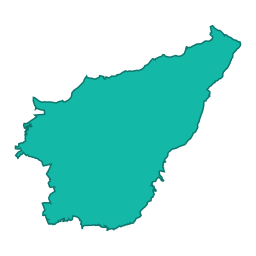 Stoilesti, Vâlcea, Romania (Mercator projection)
{"feature_id": "2599482B98117810707628", "entity_name": "Stoilesti", "entity_type": "district", "adm_level": 2, "iso_a3": "ROU", "parent_name": "Romania", "parent_adm1": "Vâlcea", "projection": "mercator", "projection_center": [24.361, 44.917], "detail": "fine", "context": "isolated", "style": "filled", "palette": "teal", "viewbox_px": 256, "rotation_deg": 0, "n_neighbors": 0, "source": "geoboundaries", "source_scale": "gbopen_adm2", "svg_char_len": 5748}
<svg xmlns="http://www.w3.org/2000/svg" viewBox="0 0 256 256"><path d="M164.4,161.0L164.7,159.3L166.6,157.5L167.8,155.6L167.9,153.3L168.5,152.2L170.7,150.5L171.7,149.3L176.2,148.2L179.3,146.5L185.0,144.5L188.2,140.2L190.4,138.8L192.8,134.7L193.0,133.4L195.4,132.0L197.7,127.8L197.7,126.3L197.4,124.6L199.3,121.1L199.5,119.4L202.7,110.6L203.7,105.8L203.8,102.4L204.1,101.4L204.5,100.9L205.7,101.0L206.7,99.1L209.7,96.2L209.6,95.6L208.8,95.0L209.9,93.9L209.7,93.2L209.9,91.9L206.9,89.4L208.5,88.1L209.2,86.8L211.3,85.5L212.6,83.9L215.0,82.4L215.1,82.1L214.9,81.4L217.5,80.6L219.1,78.9L220.6,78.6L222.5,76.9L222.9,75.5L222.6,74.9L223.3,72.1L224.3,71.2L225.3,69.6L226.6,68.9L228.0,67.0L230.0,63.0L230.5,61.0L231.3,60.0L231.3,59.2L232.7,57.1L232.9,54.3L233.3,53.2L235.4,51.2L237.2,48.8L238.5,48.1L240.4,45.5L240.6,44.6L240.1,42.1L237.8,41.5L236.4,40.3L235.7,40.4L233.1,39.4L230.9,37.6L228.1,36.5L226.7,35.1L224.8,34.8L224.5,35.7L223.0,33.4L220.7,31.1L219.6,30.4L218.1,30.5L215.6,28.8L214.2,27.8L213.7,26.9L212.5,25.7L210.4,26.7L211.6,32.5L210.4,33.1L210.2,34.7L212.8,36.9L212.3,38.8L211.8,39.0L211.7,39.9L211.2,39.8L208.9,41.3L205.8,41.0L204.3,41.5L204.1,42.2L203.1,42.4L201.3,43.8L196.9,44.0L190.4,47.3L187.6,47.8L187.1,47.5L187.0,46.8L186.6,46.7L186.1,47.6L186.3,48.3L186.0,48.5L186.3,49.2L185.8,49.3L184.5,53.4L181.1,56.0L179.9,56.0L178.5,56.5L175.7,55.5L170.3,57.2L167.2,56.8L165.0,56.0L164.4,54.9L163.0,54.6L161.6,56.4L158.8,57.2L155.6,58.8L155.1,60.0L153.4,58.7L152.5,58.9L150.1,61.6L148.8,63.6L146.5,65.2L145.0,65.6L143.9,67.6L141.5,69.5L138.8,70.5L136.6,70.4L132.2,71.3L131.0,71.3L129.7,70.9L127.3,71.6L125.5,70.9L124.4,71.3L124.0,72.0L122.6,72.3L120.0,74.3L116.9,74.8L116.2,75.9L114.3,76.3L111.5,76.1L109.9,77.6L109.1,77.6L108.7,77.9L106.6,77.0L105.4,77.2L105.5,78.7L104.8,78.5L104.6,79.0L103.7,78.3L103.5,76.6L100.4,75.8L99.7,75.7L99.6,76.6L98.8,77.5L95.7,78.9L93.6,79.0L92.1,78.3L89.9,78.2L87.0,77.4L86.6,76.1L84.5,79.2L83.6,81.8L78.3,87.4L74.0,90.3L71.9,93.0L71.5,96.5L70.0,98.7L68.2,100.3L64.6,102.0L63.6,101.9L62.6,100.5L61.5,101.1L58.7,101.7L56.2,103.0L49.9,101.9L46.8,102.2L44.8,101.8L41.7,102.2L39.0,101.0L35.1,98.0L33.4,97.4L33.3,101.0L34.6,105.0L35.8,107.0L35.5,109.2L36.6,108.2L40.0,109.6L44.3,110.3L44.7,114.3L34.7,115.1L36.7,116.8L26.8,123.6L24.2,123.5L23.6,125.2L24.5,128.1L25.0,128.0L26.2,126.6L29.3,125.5L29.7,124.5L30.0,124.7L29.8,124.0L30.5,124.0L30.6,124.6L30.9,124.5L30.8,125.2L30.3,125.4L31.0,126.2L32.0,125.6L31.5,126.3L31.6,126.6L31.0,126.8L30.0,126.2L29.3,126.3L28.3,127.2L26.1,128.1L26.1,129.3L27.9,128.7L28.3,129.5L25.9,130.6L26.0,130.9L26.7,131.0L26.3,131.5L25.1,131.6L25.1,132.3L25.7,132.8L25.6,133.7L26.6,133.6L26.8,133.8L26.7,134.7L25.0,134.6L25.4,136.4L25.2,139.3L25.6,140.2L25.4,141.2L24.1,141.7L22.9,142.9L21.6,142.9L18.7,143.8L18.7,146.4L17.3,146.8L15.7,146.1L15.4,146.4L15.5,148.7L18.9,149.1L20.1,148.2L21.6,150.6L18.3,152.1L15.6,155.4L17.4,157.1L17.9,158.2L18.4,157.7L18.6,156.8L19.6,156.2L20.5,154.4L21.1,154.2L21.3,154.5L21.8,154.5L22.7,153.7L23.3,152.4L26.2,155.5L27.3,154.7L29.0,156.4L31.4,156.6L32.1,157.1L33.6,157.2L35.4,158.2L37.1,158.4L37.4,158.8L38.3,159.0L38.9,159.9L41.0,160.9L42.2,162.2L42.4,163.9L43.4,165.9L51.3,164.1L49.3,169.0L48.1,171.1L48.4,171.6L47.2,172.5L46.5,174.1L50.1,178.8L49.6,179.4L50.0,180.2L49.9,181.4L48.7,182.2L48.3,183.1L49.4,185.7L49.2,185.9L50.2,187.3L54.1,186.8L54.8,187.2L53.8,188.4L55.0,191.3L50.3,194.3L48.8,197.7L49.0,199.4L50.0,201.3L50.7,203.3L49.4,202.6L47.4,202.9L44.4,202.7L42.3,203.2L44.9,210.1L43.2,212.0L42.8,215.2L43.8,215.5L44.9,215.1L45.7,215.5L46.1,218.1L46.9,219.1L48.2,219.5L46.9,220.0L48.6,223.9L49.5,223.9L49.7,223.5L50.3,223.6L50.4,224.1L52.6,223.8L52.8,224.5L55.4,224.0L56.2,222.8L58.1,222.3L58.3,221.2L58.8,221.3L59.0,220.9L59.2,221.5L60.8,221.3L61.2,219.6L62.9,218.6L64.3,218.5L64.3,219.4L63.4,219.7L62.9,220.6L63.0,221.4L63.9,221.4L64.2,220.6L64.6,220.5L65.5,220.9L67.2,220.5L67.3,221.0L68.1,220.2L68.2,219.7L69.2,219.8L69.2,219.2L69.8,220.2L70.7,220.4L72.3,219.5L72.6,217.2L72.9,217.0L73.1,215.9L77.3,216.9L79.7,219.0L79.5,219.7L80.0,220.1L79.9,220.5L81.1,220.8L81.4,222.5L81.0,222.8L80.8,224.1L81.5,224.1L82.1,228.4L82.5,228.4L82.5,226.5L84.4,225.5L92.4,225.2L94.8,224.7L95.0,225.3L95.4,225.4L97.6,225.3L97.7,224.9L98.7,225.1L98.8,224.7L99.3,225.4L99.9,225.1L99.9,225.8L100.7,225.8L101.0,226.2L100.9,226.6L102.5,227.3L105.0,227.3L105.2,226.7L105.8,226.7L105.0,225.8L106.0,226.0L106.4,227.6L107.0,227.9L107.8,227.6L108.4,228.8L107.1,229.7L107.0,230.2L107.2,230.3L108.8,229.3L112.1,228.6L113.6,229.5L113.6,228.9L115.2,228.8L117.1,227.6L117.6,227.6L118.5,226.4L119.8,226.0L120.3,226.7L121.2,226.6L123.5,225.4L124.7,225.5L125.0,224.8L127.4,224.6L127.5,224.0L129.3,224.2L130.3,223.6L130.3,223.0L130.9,223.4L133.6,222.9L134.0,221.7L134.9,221.0L136.1,218.5L139.7,217.0L141.1,215.5L140.6,213.9L140.1,213.6L140.3,213.1L140.0,211.7L142.3,209.0L145.0,206.8L146.9,204.6L147.3,203.9L147.2,202.8L147.9,201.8L151.0,200.7L151.2,198.2L151.8,197.5L152.7,197.3L154.2,194.1L153.3,192.2L153.0,190.3L153.3,189.6L155.1,191.2L155.7,191.0L155.5,190.5L156.0,190.5L155.7,189.6L154.1,188.3L154.1,186.7L153.9,186.4L152.8,186.6L153.0,185.9L152.4,185.3L151.5,185.4L152.3,184.8L151.7,184.2L151.8,183.7L152.1,183.4L151.1,182.9L152.1,182.9L152.0,182.6L152.5,182.3L152.6,181.6L155.5,181.4L156.7,178.8L158.6,177.1L160.8,179.0L161.1,180.0L161.8,180.7L162.3,180.9L162.6,180.4L163.3,180.9L163.6,180.4L162.1,178.9L162.1,177.9L161.7,177.5L161.7,177.0L160.7,176.3L160.5,175.4L159.6,175.4L159.3,174.6L159.5,173.4L159.2,171.7L160.0,170.8L160.6,170.7L161.8,171.3L164.3,171.7L163.5,169.2L163.5,167.9L163.0,167.6L162.9,166.2L163.2,165.3L162.9,164.9L163.4,163.8L163.3,162.3L163.6,161.8L164.9,162.2L165.5,161.9L165.4,161.3L164.4,161.0Z" fill="#14b8a6" stroke="#0f766e" stroke-width="1.5"/></svg>